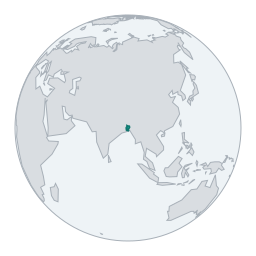 Dhaka on an orthographic globe
{"feature_id": "BGD-1806", "entity_name": "Dhaka", "entity_type": "Division", "adm_level": 1, "iso_a3": "BGD", "parent_name": "Bangladesh", "parent_adm1": "", "projection": "orthographic", "projection_center": [90.348, 24.137], "detail": "fine", "context": "on_globe", "style": "filled", "palette": "teal", "viewbox_px": 256, "rotation_deg": 0, "n_neighbors": 0, "source": "natural_earth", "source_scale": "10m", "svg_char_len": 11248}
<svg xmlns="http://www.w3.org/2000/svg" viewBox="0 0 256 256"><circle cx="128" cy="128" r="113" fill="#eef3f6" stroke="#a8b0b8"/><path d="M169.7,23.4L174.2,26.1L179.0,28.7L175.3,27.1L186.7,33.5L191.4,37.5L184.0,32.0L181.7,30.8L183.8,32.9L181.8,32.2L181.7,32.9L179.2,32.0L175.1,29.2L173.4,28.7L175.0,30.2L173.5,30.5L171.4,28.3L168.5,28.7L161.1,24.8L157.6,20.8L151.4,19.1L142.3,16.4L141.0,16.4L136.8,15.8L133.7,15.7L132.9,15.5L131.2,15.6L132.6,15.8L132.3,15.9L130.6,16.0L129.2,15.7L129.9,15.6L128.6,15.6L127.7,15.6L126.2,15.4L125.2,15.7L122.0,15.7L121.7,15.6L125.0,15.4L125.9,15.4L134.9,15.6L143.8,16.5L152.6,18.1L161.3,20.4L169.7,23.4ZM182.9,30.9L181.5,29.8L183.5,31.1L182.9,30.9ZM182.2,33.2L183.2,33.8L182.7,34.0L182.2,33.2ZM178.4,32.8L177.3,33.0L177.7,32.2L178.4,32.8ZM176.2,32.8L173.6,33.7L175.6,35.0L168.4,32.2L173.0,32.1L173.2,30.9L174.5,32.1L176.2,32.8ZM133.7,15.8L132.2,15.6L135.0,15.8L133.7,15.8ZM135.6,16.0L144.5,16.9L145.9,17.5L142.6,16.9L145.7,17.8L141.9,17.6L139.4,17.1L139.3,16.7L138.0,16.9L135.6,16.0ZM164.9,30.6L163.6,30.5L164.1,30.1L164.9,30.6ZM132.4,16.0L134.0,16.1L135.4,16.5L132.2,16.5L132.8,16.4L132.4,16.0ZM148.3,18.3L148.7,18.8L145.8,18.7L145.6,18.9L142.0,17.7L148.3,18.3ZM131.7,16.3L130.6,16.6L128.5,16.5L130.8,16.1L131.7,16.3ZM137.0,16.7L137.5,16.9L136.2,16.8L137.0,16.7ZM120.3,16.6L122.3,16.4L123.2,16.6L120.3,16.6ZM130.4,16.7L131.1,16.8L131.7,16.9L130.5,17.0L130.4,16.7ZM140.2,17.8L138.9,17.7L141.5,18.2L139.4,18.4L137.4,17.6L137.4,18.0L136.8,18.0L135.8,17.4L140.2,17.8ZM131.1,17.6L127.8,17.0L123.9,17.1L123.0,16.9L129.4,16.8L131.1,17.6ZM133.9,17.5L132.0,17.5L131.9,17.1L133.2,16.9L133.9,17.5ZM138.8,18.8L142.5,18.8L142.8,19.0L138.8,18.8ZM130.0,17.7L130.8,17.9L129.7,17.8L130.0,17.7ZM136.1,18.5L137.4,18.4L137.7,18.6L136.1,18.5ZM131.4,18.4L130.3,18.1L131.2,17.9L131.4,18.4ZM133.6,18.5L133.7,18.8L132.1,18.0L134.1,18.4L133.6,18.5ZM136.2,18.7L136.8,18.8L135.6,18.7L136.2,18.7ZM128.8,19.4L126.6,18.5L128.5,18.0L130.4,18.9L128.8,19.4ZM30.7,71.3L37.1,63.8L36.0,67.1L39.6,71.5L39.5,73.2L35.8,77.5L35.9,89.0L39.8,86.2L43.1,94.2L47.4,96.9L54.7,88.3L47.7,83.6L49.7,78.2L57.9,77.9L64.6,82.6L65.6,80.6L64.1,74.2L68.4,72.1L63.9,71.8L63.7,74.3L60.9,74.3L60.9,72.1L62.4,71.3L61.2,69.4L54.3,74.0L53.3,77.0L48.5,74.9L46.3,79.9L44.0,81.0L46.7,73.1L48.6,70.9L51.3,61.5L48.9,63.5L46.2,72.6L45.8,71.3L42.6,74.6L44.7,71.0L48.4,61.0L45.8,59.4L37.7,65.0L37.3,63.9L39.1,60.4L46.8,52.2L47.0,55.6L49.8,53.2L53.9,48.2L53.6,49.8L55.3,48.3L55.8,49.6L60.6,47.9L61.7,49.0L67.5,45.2L68.8,45.5L65.0,47.5L62.9,49.8L66.2,53.3L67.9,53.0L71.5,50.4L71.9,51.9L74.9,48.9L78.7,50.0L76.6,46.4L80.6,43.8L85.1,43.0L86.0,41.6L78.8,43.0L76.3,44.2L74.7,46.2L67.5,49.6L65.5,49.1L71.7,43.5L69.5,42.5L75.2,39.0L91.2,36.7L95.9,37.6L95.3,44.6L91.9,45.6L90.5,43.5L88.2,47.9L90.1,46.3L90.5,47.7L94.5,46.0L94.9,46.9L98.0,43.8L99.0,44.8L97.0,46.7L103.8,45.5L106.9,47.2L108.2,46.5L108.7,45.3L112.4,48.6L113.2,47.9L112.3,46.6L113.3,44.5L116.5,42.3L117.6,43.5L116.6,44.5L116.1,48.7L113.2,51.3L114.0,51.7L116.8,49.7L117.4,44.5L119.0,42.9L119.2,45.2L119.3,44.2L120.4,43.8L122.6,44.6L122.6,42.1L133.8,37.1L139.1,38.6L138.0,41.0L147.0,39.9L152.3,42.4L151.5,41.0L155.2,40.0L153.6,39.2L153.5,38.5L162.4,36.4L165.3,37.1L168.2,35.4L167.8,34.8L165.8,34.0L168.4,32.2L175.6,35.0L176.2,36.1L180.3,37.4L181.1,40.1L183.7,43.1L182.1,45.8L184.3,48.2L185.6,48.5L189.6,52.2L193.0,59.7L184.2,52.5L177.9,42.6L180.0,46.3L177.7,45.3L177.3,46.5L178.9,49.4L180.2,49.9L173.6,54.5L173.8,63.0L178.2,62.1L181.6,64.5L185.7,75.0L180.3,90.5L184.9,95.1L185.7,98.3L182.8,100.6L181.6,95.9L178.0,94.5L177.8,91.6L172.8,94.3L172.2,90.4L168.6,94.6L170.8,97.6L175.4,96.5L172.5,102.3L178.2,107.4L179.6,114.0L172.8,126.5L164.6,130.7L164.3,132.8L160.6,130.6L156.4,135.0L163.6,146.5L163.6,149.9L156.5,156.7L156.2,154.2L146.6,148.3L145.2,156.4L152.5,162.8L155.0,170.4L149.5,168.2L146.9,161.5L143.5,159.3L144.2,152.3L140.8,141.8L135.3,143.8L135.4,139.5L129.9,130.7L121.8,133.1L109.1,143.5L107.8,154.1L103.3,158.2L96.7,142.1L96.1,131.4L92.2,131.8L86.7,121.9L72.8,118.2L72.2,115.1L69.3,115.7L65.6,111.7L65.1,106.8L62.2,106.1L63.9,119.1L67.1,119.9L71.6,116.5L71.3,120.8L75.0,125.7L66.2,133.6L47.8,136.2L48.2,128.0L45.9,102.5L47.2,100.4L47.3,100.1L47.4,99.6L44.9,102.9L45.2,98.0L44.1,114.9L42.9,121.5L47.5,136.6L46.5,137.5L48.7,141.0L58.3,141.5L57.9,144.0L52.0,154.2L40.6,165.2L43.4,176.4L44.8,184.8L40.6,187.3L43.9,194.2L42.2,194.7L44.0,198.3L44.3,200.7L43.6,201.8L39.3,197.5L36.8,194.0L31.1,185.3L22.2,166.1L20.8,159.8L19.4,153.5L16.6,136.8L17.0,130.0L16.9,126.0L16.2,124.8L16.3,119.9L16.1,118.7L16.0,116.3L17.1,108.4L18.7,100.7L20.9,93.0L23.7,85.6L26.9,78.3L30.7,71.3ZM30.6,72.1L29.5,73.9L30.6,72.1ZM69.3,92.8L74.7,95.4L76.2,88.4L78.5,88.9L78.2,86.5L76.3,87.9L76.2,81.5L79.9,80.8L81.3,78.1L79.5,77.1L72.6,79.5L72.8,88.5L69.9,90.5L69.3,92.8ZM64.2,40.0L63.0,41.5L60.9,42.7L59.5,42.1L62.6,40.2L64.2,40.0ZM61.9,43.3L68.4,38.4L69.5,38.8L67.7,39.3L67.8,40.1L65.1,41.2L59.8,46.8L57.6,48.3L56.2,45.9L57.9,45.8L59.0,44.2L61.9,43.3ZM82.9,27.8L85.7,26.4L84.5,29.0L82.0,30.1L80.5,29.3L82.5,27.7L82.9,27.8ZM117.2,16.0L118.4,15.8L118.8,15.8L118.1,15.9L117.2,16.0ZM116.4,16.0L115.3,16.1L116.2,16.1L120.9,15.9L127.4,15.7L128.3,16.1L127.3,16.4L125.9,16.5L125.7,16.2L124.0,16.5L122.6,16.2L121.2,16.5L112.6,16.8L113.5,16.6L107.4,17.5L107.3,17.3L111.3,16.7L107.3,17.3L116.4,16.0ZM114.7,23.9L115.1,22.8L111.4,24.9L110.0,24.0L109.6,24.3L107.4,24.1L104.0,24.5L103.9,24.0L102.6,24.4L101.1,24.4L99.3,24.8L98.4,24.2L96.2,24.7L97.0,24.1L93.4,25.3L95.7,24.2L94.0,24.3L92.7,25.3L92.2,22.2L90.3,22.2L87.4,23.0L91.7,21.4L97.2,19.8L102.5,18.7L103.8,19.1L105.5,18.5L106.6,18.6L104.8,19.0L108.3,18.4L108.7,18.6L113.5,18.6L118.2,17.9L120.1,18.0L118.4,18.4L121.4,18.3L119.6,19.2L120.9,19.4L120.3,20.6L116.4,21.6L118.2,21.7L117.8,22.9L114.7,23.9ZM128.5,19.7L124.2,20.7L121.3,20.8L123.4,18.7L122.5,18.4L123.7,17.3L127.9,17.3L127.2,17.6L127.4,17.8L126.0,17.7L127.3,18.0L126.3,18.5L127.1,18.9L125.5,19.1L128.5,19.7ZM41.4,72.2L41.7,73.1L42.6,73.9L40.6,76.1L41.4,72.2ZM43.7,65.4L44.3,65.6L41.8,68.8L41.5,68.1L43.7,65.4ZM46.7,63.2L44.5,65.4L45.5,63.7L46.7,63.2ZM65.7,47.7L66.6,48.0L65.8,48.7L64.4,49.4L65.7,47.7ZM103.4,31.0L104.1,30.0L104.8,30.0L108.1,28.3L109.4,29.0L107.9,30.3L103.4,31.0ZM52.3,89.1L49.9,90.1L49.8,88.8L50.6,88.7L52.3,89.1ZM44.0,82.8L44.9,85.5L43.5,83.4L44.0,82.8ZM105.3,31.4L106.5,30.6L106.4,31.5L105.3,31.4ZM110.5,29.5L110.7,30.4L109.9,28.9L110.5,29.5ZM100.8,233.5L103.0,234.4L101.2,234.1L100.8,233.5ZM58.3,189.1L58.0,201.8L54.2,200.3L51.5,195.7L50.3,187.5L54.2,186.7L55.5,183.4L58.3,189.1ZM181.2,184.9L184.2,184.9L184.0,185.4L181.2,184.9ZM178.1,183.8L181.6,183.5L177.4,184.9L178.1,183.8ZM182.9,183.3L186.5,181.9L188.0,180.9L187.7,181.9L182.9,183.3ZM175.7,184.1L162.4,185.3L157.0,184.4L158.3,182.7L167.0,182.5L175.7,184.1ZM157.9,182.6L149.6,178.2L137.7,163.9L141.9,164.1L154.3,172.6L153.5,174.1L158.6,177.8L157.9,182.6ZM177.7,172.0L176.9,176.6L169.6,176.9L166.2,176.5L163.9,170.9L165.2,167.8L168.0,167.7L178.4,156.4L182.1,158.5L179.0,163.2L182.0,166.8L177.7,172.0ZM108.3,155.1L111.1,161.6L108.5,162.4L108.3,155.1ZM182.3,148.6L178.3,153.7L181.8,147.2L182.3,148.6ZM184.2,142.6L184.6,144.9L182.7,142.9L184.2,142.6ZM164.5,136.1L161.6,136.8L161.3,135.2L164.9,133.2L164.5,136.1ZM180.7,119.7L181.2,124.6L180.9,126.4L179.2,123.6L180.7,119.7ZM117.9,38.3L111.9,39.6L108.5,41.5L107.8,43.8L106.2,41.3L111.5,38.4L117.9,38.3ZM131.7,37.0L132.2,35.3L133.7,35.9L133.8,36.4L131.7,37.0ZM130.8,36.1L128.3,34.4L129.7,33.4L131.4,34.9L130.8,36.1ZM116.6,32.4L114.7,32.6L114.9,31.9L116.6,32.4ZM195.4,217.6L197.4,215.4L200.2,213.8L197.3,216.4L195.4,217.6ZM191.0,211.4L170.8,220.4L166.9,220.4L169.0,218.0L167.5,211.3L168.9,211.3L169.3,206.4L181.8,200.0L191.2,189.7L196.9,189.0L202.0,181.4L207.5,180.4L205.1,186.0L210.0,187.6L215.4,174.8L216.4,185.7L218.5,188.2L216.7,194.7L205.2,209.0L200.5,212.8L200.5,212.1L198.3,213.9L196.3,214.5L196.9,211.6L194.7,213.2L197.7,210.0L194.1,213.2L193.8,211.3L191.0,211.4ZM229.5,175.5L229.8,175.3L229.6,176.5L229.2,177.0L229.5,175.5ZM233.5,166.2L233.5,166.7L233.3,167.2L233.5,166.2ZM233.4,166.2L233.9,164.7L233.6,165.9L233.4,166.2ZM232.8,161.8L233.2,160.9L233.3,161.2L232.8,161.8ZM188.6,184.2L192.9,180.1L195.0,179.4L188.6,184.2ZM232.6,160.8L231.9,161.3L232.0,160.5L232.6,160.8ZM232.9,159.2L232.9,158.3L233.1,160.1L232.9,159.2ZM231.6,158.2L232.4,159.2L231.5,158.5L231.6,158.2ZM231.0,158.9L230.3,158.6L230.4,158.3L231.0,158.9ZM221.4,165.2L224.2,169.3L221.6,170.4L218.8,168.2L215.9,172.5L209.8,174.0L211.4,171.5L210.8,168.6L204.1,169.2L202.8,167.4L205.3,165.4L200.7,164.9L205.7,162.7L207.7,166.5L210.5,162.4L215.0,161.8L219.2,161.8L222.3,163.6L221.4,165.2ZM205.5,172.1L206.3,171.9L205.5,173.3L205.5,172.1ZM229.0,157.2L230.0,158.6L229.8,159.1L229.3,159.2L229.0,157.2ZM223.0,162.6L226.4,157.6L227.2,157.3L224.9,162.3L223.0,162.6ZM225.7,155.7L227.2,155.5L227.9,157.1L227.5,157.8L225.7,155.7ZM195.1,170.5L194.9,171.7L193.5,171.1L195.1,170.5ZM196.9,169.5L201.0,169.9L196.5,170.5L196.9,169.5ZM184.0,167.5L185.3,170.2L189.3,167.7L186.3,170.8L188.9,175.0L187.9,176.8L185.3,172.3L184.2,177.6L182.4,177.7L181.5,173.5L183.4,167.8L185.2,165.3L192.4,163.2L184.0,167.5ZM197.0,166.0L195.9,162.9L196.7,160.6L197.9,162.1L197.0,166.0ZM192.4,155.5L189.2,152.1L186.5,154.1L191.8,147.7L194.0,152.0L192.4,155.5ZM189.4,147.4L186.9,149.1L189.3,145.5L189.4,147.4ZM186.1,147.9L185.6,145.2L187.7,145.3L186.1,147.9ZM190.7,147.3L190.9,142.6L192.1,145.1L190.7,147.3ZM184.3,139.2L189.1,143.1L183.1,142.0L182.0,133.1L184.5,132.5L184.3,139.2ZM192.2,101.0L191.1,98.5L193.1,97.6L193.3,99.5L192.2,101.0ZM198.5,93.1L193.3,96.6L188.9,99.7L190.7,100.6L190.5,105.1L187.3,101.5L189.7,96.2L193.2,94.6L192.9,91.0L194.9,88.1L193.1,83.9L193.7,81.8L196.4,85.3L198.5,93.1ZM192.2,82.1L189.8,74.6L193.9,75.0L195.4,76.7L194.7,79.9L192.6,79.5L192.2,82.1ZM190.5,73.0L188.4,72.7L180.6,62.8L179.9,60.9L188.0,68.1L186.5,68.2L187.7,70.7L190.5,73.0ZM164.5,31.2L163.7,30.6L165.0,31.0L164.5,31.2ZM152.5,38.1L152.6,37.2L154.1,37.5L152.5,38.1ZM153.6,35.1L151.8,35.3L153.2,34.5L153.6,35.1ZM148.1,35.9L150.9,35.1L148.8,36.6L148.1,35.9Z" fill="#d9dde1" stroke="#a8b0b8" stroke-width="1"/><path d="M127.0,125.5L127.6,125.9L127.9,125.9L128.0,126.0L128.3,126.0L128.5,126.0L128.8,126.0L129.0,126.0L129.0,126.3L129.1,126.5L129.4,126.5L129.4,126.8L129.5,126.9L129.6,127.0L129.5,127.3L129.6,127.5L129.4,127.8L129.2,127.9L129.2,128.0L129.1,128.3L129.0,128.5L128.9,128.5L128.7,128.6L128.7,128.8L128.7,129.0L128.8,129.0L128.7,129.0L128.5,129.3L128.4,129.2L128.5,129.1L128.4,129.0L128.2,129.1L128.3,129.1L128.4,129.3L128.4,129.5L128.0,129.4L127.9,129.4L128.1,129.5L128.3,129.6L128.5,129.7L128.5,129.8L128.4,129.8L128.5,129.8L128.5,130.0L128.4,130.1L128.2,130.1L127.9,130.1L128.0,130.2L127.9,130.2L127.9,130.3L127.8,130.2L127.7,130.1L127.5,130.3L127.4,130.4L127.4,130.5L127.2,130.5L127.2,130.4L127.0,130.2L126.9,130.2L126.9,129.9L126.7,129.8L126.7,129.7L126.8,129.7L126.7,129.7L126.7,129.3L126.6,129.2L126.5,129.3L126.5,129.2L126.4,129.1L126.3,128.9L126.2,128.9L126.2,128.6L126.2,128.4L126.3,128.5L126.5,128.6L126.8,128.6L126.8,128.4L127.0,128.2L127.1,127.9L127.0,127.7L126.9,127.7L126.9,127.4L127.0,127.3L127.0,127.2L127.0,126.9L126.9,126.7L126.8,126.4L126.8,126.2L126.9,125.9L126.9,125.7L127.0,125.6L127.0,125.5ZM128.3,129.6L128.2,129.6L128.3,129.5L128.3,129.6Z" fill="#14b8a6" stroke="#0f766e" stroke-width="1.5"/></svg>